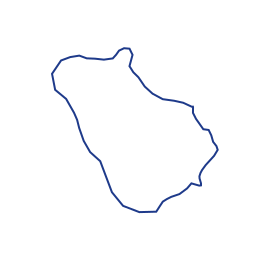 SVG path tracing the border of Xizı, rotated 23°
{"feature_id": "AZE-1719", "entity_name": "Xizı", "entity_type": "District", "adm_level": 1, "iso_a3": "AZE", "parent_name": "Azerbaijan", "parent_adm1": "", "projection": "albers", "projection_center": [49.238, 40.741], "detail": "fine", "context": "isolated", "style": "outline", "palette": "blue", "viewbox_px": 256, "rotation_deg": 23, "n_neighbors": 0, "source": "natural_earth", "source_scale": "10m", "svg_char_len": 875}
<svg xmlns="http://www.w3.org/2000/svg" viewBox="0 0 256 256"><g transform="rotate(23 128 128)"><path d="M179.4,83.0L179.8,83.6L181.9,88.7L187.0,93.0L197.8,99.7L203.0,98.3L207.5,102.2L211.8,107.5L216.5,110.1L219.1,113.1L218.1,120.0L214.0,131.7L212.6,137.7L212.3,141.0L212.6,144.5L213.6,146.5L216.8,150.4L217.5,152.0L217.6,152.3L216.1,153.2L208.0,154.2L206.0,160.5L201.2,168.7L194.7,174.5L191.5,178.3L188.8,182.2L187.7,188.2L186.7,194.0L171.3,201.0L153.9,201.6L138.3,193.4L125.6,180.1L115.4,169.4L102.6,165.0L92.3,157.2L83.0,147.0L78.0,140.4L72.4,135.1L59.7,125.4L46.0,121.3L36.9,107.8L40.0,92.0L47.1,85.3L54.9,80.4L62.8,80.0L70.5,77.1L79.1,74.5L86.8,69.9L88.4,65.3L89.5,60.3L93.2,56.1L98.4,54.4L103.6,58.9L105.2,70.5L111.1,74.6L117.7,77.2L127.2,83.3L137.2,86.8L148.7,87.9L159.8,84.9L168.9,83.2L178.4,83.5L179.4,83.0Z" fill="none" stroke="#1e3a8a" stroke-width="2"/></g></svg>